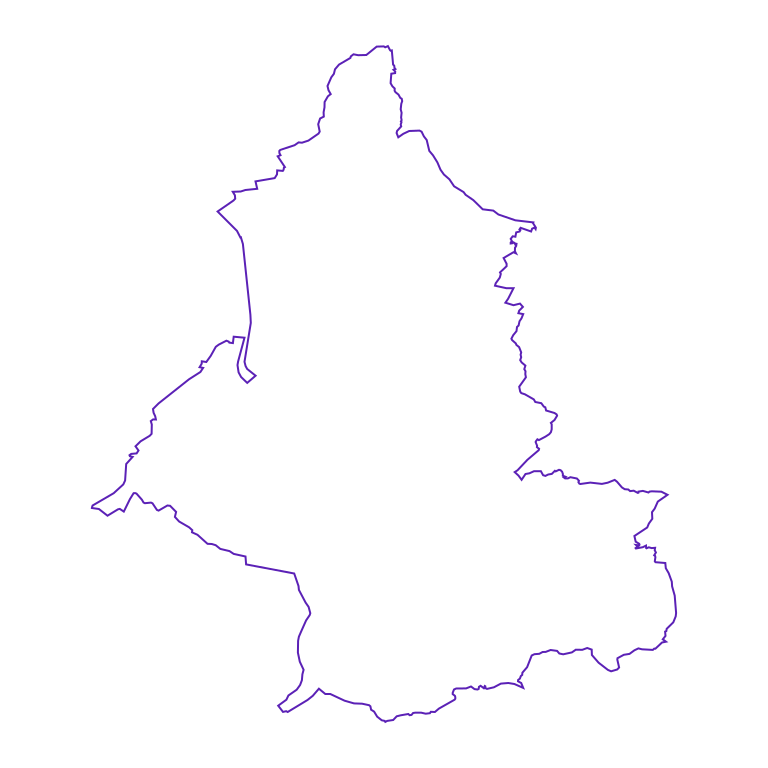 the district of Pucioasa, Dâmbovita, Romania
{"feature_id": "2599482B55662531214535", "entity_name": "Pucioasa", "entity_type": "district", "adm_level": 2, "iso_a3": "ROU", "parent_name": "Romania", "parent_adm1": "Dâmbovita", "projection": "equal_earth", "projection_center": [25.458, 45.082], "detail": "fine", "context": "isolated", "style": "outline", "palette": "violet", "viewbox_px": 768, "rotation_deg": 0, "n_neighbors": 0, "source": "geoboundaries", "source_scale": "gbopen_adm2", "svg_char_len": 6087}
<svg xmlns="http://www.w3.org/2000/svg" viewBox="0 0 768 768"><path d="M666.0,641.7L662.8,639.3L665.5,635.9L665.1,631.6L666.3,631.1L666.7,628.8L673.3,622.3L675.7,616.4L676.1,613.0L674.7,595.6L672.1,586.3L671.8,581.7L668.7,573.2L665.8,568.2L665.3,563.0L655.5,562.2L654.8,561.3L655.4,557.2L655.1,555.9L654.2,555.3L655.9,552.5L654.7,550.2L655.1,547.8L651.6,548.1L648.8,547.3L646.5,548.3L646.1,548.0L646.0,545.6L642.8,547.2L635.9,548.5L635.6,548.1L637.6,546.6L636.0,545.0L639.2,545.4L639.5,544.7L639.2,543.8L635.7,541.7L634.4,536.0L647.2,527.5L648.9,523.5L652.3,518.8L652.0,512.2L654.7,508.6L657.8,501.6L667.5,494.8L661.4,491.7L651.9,491.3L649.5,491.6L648.5,492.5L642.9,490.9L638.5,491.6L638.4,492.7L637.8,492.9L633.7,490.7L630.1,491.1L628.3,489.5L624.7,489.2L621.9,487.4L617.0,481.7L614.7,479.9L607.7,482.7L601.9,483.9L590.3,482.6L580.3,484.0L579.3,483.6L578.4,482.1L579.0,480.8L576.9,478.5L570.4,477.2L567.9,478.4L565.1,478.4L563.8,477.4L565.3,476.7L562.8,475.7L562.9,474.0L562.1,471.7L560.6,470.2L559.0,469.8L555.7,471.4L554.9,470.8L551.8,473.9L548.2,474.5L545.4,475.9L543.1,475.2L540.9,471.2L534.0,471.2L529.4,473.3L525.5,474.0L521.6,479.8L518.5,475.6L514.7,472.1L517.5,470.3L527.4,459.8L538.7,450.2L539.1,448.8L536.9,447.1L537.1,445.7L535.6,442.0L536.1,441.0L537.4,439.3L538.9,440.1L545.5,436.6L549.2,434.2L550.9,432.2L551.7,429.3L551.7,424.3L550.9,422.9L554.5,420.0L557.1,415.7L556.6,414.4L554.5,413.0L546.1,410.5L545.3,407.3L543.8,406.6L541.3,403.2L535.3,402.0L533.8,399.4L524.9,394.3L521.3,393.1L520.2,391.6L519.2,386.7L525.9,377.3L525.3,374.1L525.5,371.3L524.3,369.1L525.4,365.6L521.6,362.4L520.2,360.1L521.2,357.2L520.6,354.7L521.2,352.4L519.1,347.1L516.4,344.9L515.8,343.4L512.1,340.1L511.4,338.7L513.2,335.2L516.5,331.1L517.0,327.0L518.6,325.5L519.5,321.3L521.5,318.3L523.2,314.1L518.4,313.2L519.2,310.6L522.9,306.9L520.0,303.6L513.5,305.2L505.4,302.7L508.1,298.8L513.5,288.2L506.4,288.2L495.0,285.7L495.7,283.3L499.8,277.6L500.8,273.9L500.0,272.4L506.6,266.2L506.6,263.8L503.6,258.0L513.5,252.2L516.0,253.4L514.9,251.2L515.0,247.8L516.2,245.9L516.5,243.8L515.9,243.7L515.6,245.1L514.5,242.9L513.3,242.3L512.7,243.2L510.7,243.5L510.7,242.5L511.9,241.1L510.7,238.9L512.7,236.3L515.4,236.7L516.2,232.4L519.6,231.5L520.4,230.1L519.5,229.4L520.6,227.8L531.1,231.5L532.1,228.7L534.5,227.6L535.6,229.1L535.9,227.7L533.0,223.1L533.3,222.4L515.3,220.3L498.4,214.5L493.3,210.6L482.7,209.3L473.3,200.1L465.6,194.8L463.6,192.1L454.1,186.3L449.4,179.3L443.9,174.5L440.5,169.7L437.4,162.4L433.0,155.3L429.3,150.9L426.7,140.0L423.9,136.4L421.6,131.7L419.5,130.6L409.2,131.0L403.3,133.8L398.3,137.3L396.6,133.0L397.1,130.9L401.2,126.4L400.7,124.6L401.5,122.1L400.9,121.5L401.6,120.1L401.1,117.5L401.6,112.8L400.7,109.3L401.3,103.7L402.2,101.1L401.7,98.7L400.3,97.9L398.5,94.6L395.5,92.2L394.6,90.7L394.7,88.5L392.4,86.3L390.6,83.2L391.3,73.7L395.1,73.1L395.2,71.5L393.5,69.8L395.4,69.0L394.5,67.9L394.2,65.6L393.1,64.6L391.8,50.4L390.6,50.7L390.0,50.1L387.9,46.1L385.2,47.3L383.8,46.4L376.7,46.6L366.3,55.0L358.2,55.2L353.5,54.3L350.8,56.4L350.4,57.9L339.0,64.6L335.0,69.3L333.9,73.8L331.3,77.3L327.5,86.0L328.5,90.2L330.7,94.1L327.9,96.3L324.6,102.0L324.5,107.3L323.6,112.3L323.8,116.6L320.1,118.5L318.2,124.2L319.7,131.6L318.5,133.6L308.4,140.6L302.0,142.7L298.6,142.4L294.6,145.2L280.3,149.9L279.3,151.0L279.4,153.1L280.5,155.2L277.7,156.3L284.9,167.1L283.9,167.7L283.6,169.7L282.8,170.9L277.2,170.4L277.0,174.4L274.7,178.1L255.5,181.4L257.2,188.8L245.4,190.0L240.7,191.5L232.8,191.8L234.9,195.3L235.2,198.7L233.5,200.5L217.6,211.5L237.0,230.9L240.4,237.5L240.9,237.3L242.9,244.0L250.4,314.8L250.8,322.9L244.5,361.8L245.6,366.1L247.2,369.0L255.6,375.7L247.2,382.9L241.1,377.0L238.6,372.4L237.5,365.1L238.1,361.5L244.5,337.7L233.7,336.7L232.9,343.1L229.3,342.6L228.7,341.6L226.4,340.7L218.8,344.6L215.8,346.8L210.7,355.9L206.3,362.0L201.8,361.3L201.7,363.7L199.6,367.2L203.1,367.9L200.4,372.0L189.0,379.3L158.6,403.4L153.0,409.0L153.6,412.8L155.2,416.2L155.9,419.5L153.1,419.4L150.8,421.1L151.8,424.5L151.6,433.8L149.7,435.8L140.6,441.3L135.5,446.3L138.5,450.5L136.6,453.4L131.2,453.9L129.5,455.2L129.9,456.2L132.6,456.9L126.2,464.0L125.1,480.5L123.3,484.4L113.7,493.2L92.6,505.5L92.0,507.3L91.9,508.0L98.9,509.0L107.5,515.7L118.0,509.3L119.8,508.9L123.8,511.6L130.0,499.0L133.6,493.2L135.2,493.1L136.5,493.6L141.9,499.7L143.5,502.5L144.9,503.2L151.0,502.6L152.5,503.3L156.9,509.9L158.6,510.6L167.4,505.5L170.1,505.8L176.1,511.9L174.9,516.9L179.1,521.5L189.1,527.3L192.3,530.2L192.0,532.3L197.5,534.8L207.5,543.8L211.8,544.0L215.7,545.2L220.3,548.9L229.5,551.1L233.7,553.9L245.5,556.5L246.1,564.4L294.2,573.5L298.5,586.0L298.9,589.9L305.6,602.6L308.6,606.9L310.3,613.2L309.7,615.1L306.1,620.4L301.1,631.6L298.9,636.7L298.1,640.8L297.9,652.6L299.8,661.7L303.6,669.8L302.4,674.3L301.9,680.2L300.1,685.0L296.7,689.7L288.4,695.5L286.4,699.7L278.2,705.7L283.0,711.9L286.2,711.2L287.7,712.0L307.5,700.0L312.8,695.8L318.9,688.7L325.3,694.0L330.3,694.0L344.6,700.7L354.0,703.4L362.1,703.7L369.1,705.2L370.4,706.3L371.1,709.7L374.1,711.6L377.2,716.7L381.8,720.3L384.7,720.9L385.3,721.9L387.2,720.9L393.2,720.0L396.7,716.3L400.7,715.3L408.3,714.0L409.6,715.2L411.5,714.9L413.1,713.0L415.1,712.7L421.3,712.7L425.7,713.7L429.9,713.2L430.8,711.8L434.9,712.0L438.9,708.6L454.6,699.7L455.3,698.7L455.3,697.1L454.9,695.8L452.7,694.1L452.7,692.8L454.0,689.5L456.2,688.5L466.1,688.4L471.0,686.5L474.5,689.1L477.5,689.5L478.6,689.0L479.0,686.8L480.6,685.8L483.8,688.2L484.8,686.0L485.3,686.3L485.5,688.2L487.0,688.9L493.9,687.3L500.9,683.6L508.3,683.0L514.4,684.0L523.2,687.9L521.2,683.0L518.0,681.3L518.1,680.0L519.9,678.6L520.8,676.1L522.2,674.9L522.4,672.7L527.1,667.2L531.7,655.5L534.4,654.2L539.3,653.8L542.6,652.0L545.7,651.9L550.6,650.0L557.1,650.9L559.3,653.5L563.2,654.3L571.9,652.4L575.8,649.7L582.3,649.8L587.2,648.0L591.7,649.6L591.9,655.0L598.6,662.7L607.9,669.9L611.1,671.3L617.2,669.5L619.1,667.5L617.3,659.6L617.5,658.2L623.8,654.8L629.5,653.9L634.4,650.3L638.4,648.4L642.0,649.3L652.8,649.9L654.3,648.6L655.4,648.7L662.0,642.5L666.0,641.7Z" fill="none" stroke="#5b21b6" stroke-width="2"/></svg>